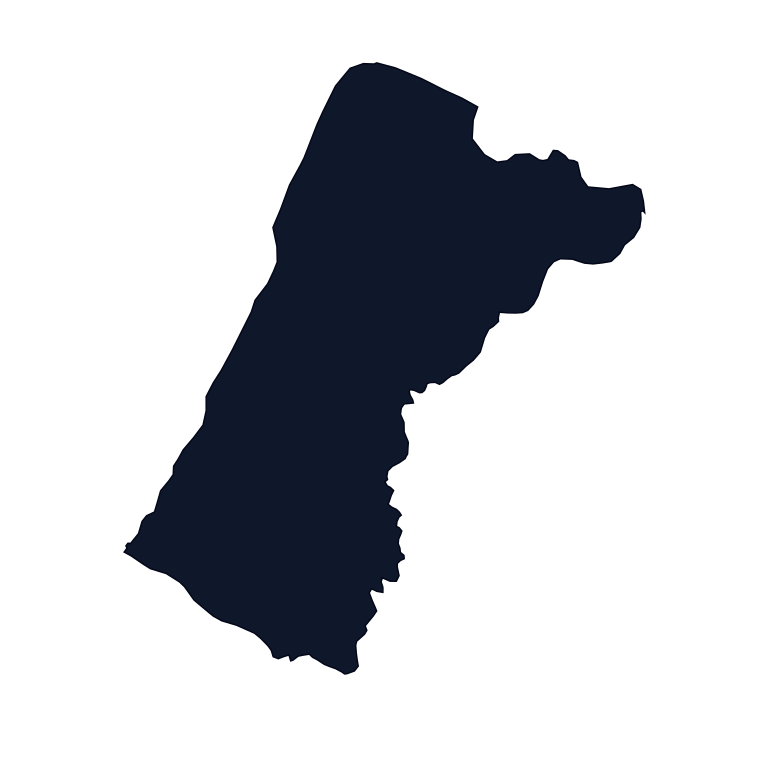 outline of Nyenebo, River Gee, Liberia, rotated 294°
{"feature_id": "62588387B68728641169413", "entity_name": "Nyenebo", "entity_type": "district", "adm_level": 2, "iso_a3": "LBR", "parent_name": "Liberia", "parent_adm1": "River Gee", "projection": "albers", "projection_center": [-7.727, 4.898], "detail": "fine", "context": "isolated", "style": "filled", "palette": "ink", "viewbox_px": 768, "rotation_deg": 294, "n_neighbors": 0, "source": "geoboundaries", "source_scale": "gbopen_adm2", "svg_char_len": 3355}
<svg xmlns="http://www.w3.org/2000/svg" viewBox="0 0 768 768"><g transform="rotate(294 384 384)"><path d="M646.6,552.4L656.5,546.6L666.1,539.4L667.3,530.0L653.8,510.3L646.9,490.1L653.0,479.7L665.1,470.6L665.3,466.8L663.7,461.4L666.1,456.6L667.7,447.8L666.2,443.7L655.6,442.4L652.7,438.4L651.8,434.6L653.4,423.4L646.9,410.6L638.0,405.8L632.7,397.1L634.3,382.4L643.8,364.8L661.5,358.1L675.2,356.9L676.8,338.8L676.9,321.6L677.1,316.4L678.2,293.9L677.4,266.1L674.4,246.8L672.2,244.6L668.3,234.9L658.7,224.7L647.8,221.6L636.4,218.5L607.5,217.4L593.8,217.3L565.3,218.7L557.9,219.0L549.6,218.6L527.3,216.8L501.9,218.5L487.1,218.8L481.8,218.9L466.0,230.3L462.0,232.2L452.0,236.9L442.0,237.3L428.2,237.0L408.1,232.2L395.8,233.5L353.4,231.6L330.2,229.8L315.8,227.6L302.7,226.8L300.1,226.7L287.4,232.4L272.9,235.4L257.6,231.9L242.3,227.4L231.4,226.5L223.5,225.2L217.5,227.5L215.7,228.3L208.2,226.9L195.6,223.4L183.7,225.1L173.7,226.4L167.1,220.7L160.1,218.9L147.5,220.6L134.7,217.2L135.0,216.3L134.3,214.8L131.1,214.1L129.6,216.0L124.8,215.0L124.5,218.6L124.2,222.6L121.4,238.0L120.3,245.8L122.3,262.1L120.5,274.5L120.0,277.9L117.7,284.2L114.8,289.2L109.4,298.3L105.8,310.8L104.0,317.1L102.5,322.7L101.7,332.1L103.7,347.5L103.7,365.9L103.7,367.1L101.5,374.9L97.7,384.4L94.9,389.3L89.8,393.7L90.1,399.2L94.3,403.4L97.8,407.4L93.1,411.4L94.6,413.1L100.5,416.3L103.1,419.9L106.8,425.6L106.4,426.9L105.3,429.8L105.0,435.1L103.6,443.5L103.8,449.0L104.3,455.8L103.8,462.4L103.1,466.0L104.4,468.1L109.8,473.7L115.8,475.2L120.4,472.1L126.9,468.1L133.8,464.4L137.8,463.6L147.6,468.0L152.0,468.5L154.7,465.8L155.3,465.1L159.7,466.3L167.8,468.5L172.2,469.3L173.6,469.6L176.7,466.4L178.0,464.9L182.0,460.6L187.2,455.5L188.0,455.5L190.6,455.8L191.9,456.1L191.7,461.8L193.2,467.7L197.4,465.9L198.7,464.9L199.5,464.2L200.5,463.2L202.4,461.7L206.3,461.4L206.3,469.6L208.8,475.5L215.0,475.7L216.3,474.8L221.8,470.8L225.4,469.1L229.5,470.8L232.6,473.5L235.6,471.9L236.0,470.3L236.8,467.5L239.6,465.8L240.4,465.4L243.1,462.7L244.0,461.9L248.3,460.4L252.9,460.4L257.0,460.0L258.9,456.2L258.9,453.3L263.5,451.8L264.3,451.8L268.5,451.8L271.2,453.1L273.1,450.2L274.5,446.4L274.6,441.1L275.8,436.7L279.3,436.5L285.2,435.9L290.6,436.1L292.1,431.9L292.3,428.4L295.0,424.6L297.2,425.7L298.1,426.1L300.6,424.2L302.2,423.8L305.4,423.0L306.1,422.8L312.0,425.0L316.9,428.8L318.4,430.0L324.6,433.7L326.6,433.6L328.6,433.9L329.7,434.0L336.3,431.5L340.4,430.0L341.7,428.9L344.5,425.9L348.4,421.9L357.0,417.9L363.0,411.4L368.7,409.7L370.5,409.8L374.1,410.6L375.5,413.2L377.2,416.1L378.6,418.6L381.1,416.7L384.3,412.5L387.4,410.0L389.5,410.1L390.5,414.0L390.5,416.9L390.5,419.9L391.7,422.2L394.6,423.6L398.2,423.6L401.9,423.2L404.0,425.5L406.3,430.0L406.3,434.8L409.2,437.1L414.6,439.6L419.2,442.3L421.2,445.0L424.5,447.9L433.6,451.5L436.0,452.7L442.2,455.9L452.4,458.9L467.2,457.0L476.7,457.4L481.3,460.4L487.8,463.1L490.9,461.5L496.5,460.2L498.6,466.0L499.4,468.2L502.3,475.1L503.7,477.8L505.7,481.6L509.8,485.4L517.9,488.1L527.4,488.8L534.2,488.0L542.2,487.1L553.3,486.6L555.7,486.5L563.7,488.9L564.7,489.2L567.3,491.5L570.2,494.2L574.1,503.9L574.7,505.4L575.2,510.9L576.0,518.0L578.8,526.2L583.5,534.2L587.5,540.3L588.6,541.7L597.8,545.7L599.2,546.3L609.0,547.1L619.5,552.4L631.1,553.9L639.3,551.6L645.6,548.4L647.6,550.1L646.6,552.4Z" fill="#0f172a" stroke="#020617" stroke-width="1.5"/></g></svg>